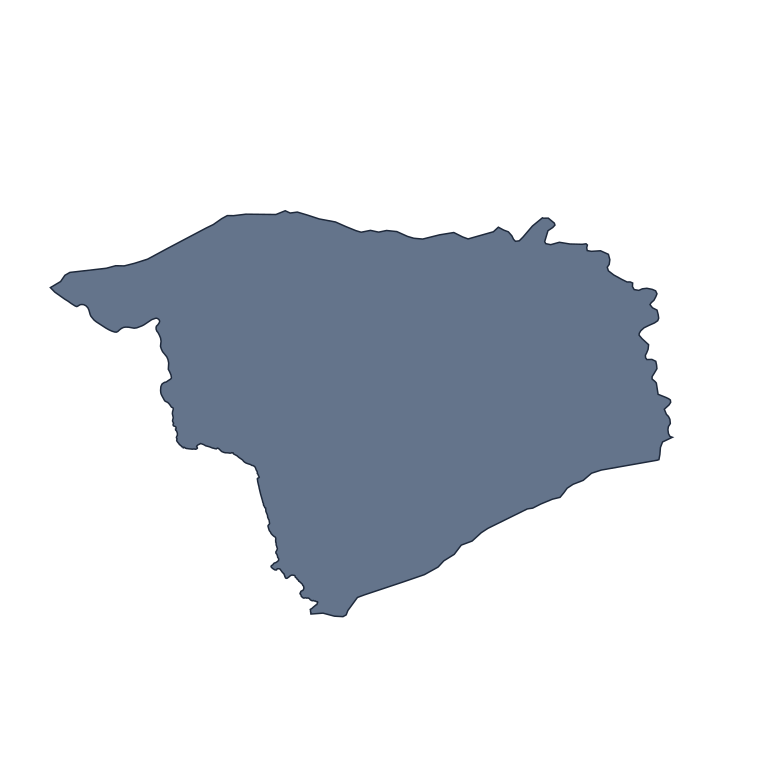 the district of Soca, Canelones, Uruguay, rotated 162°
{"feature_id": "84410073B54882123998895", "entity_name": "Soca", "entity_type": "district", "adm_level": 2, "iso_a3": "URY", "parent_name": "Uruguay", "parent_adm1": "Canelones", "projection": "mercator", "projection_center": [-55.499, -34.679], "detail": "fine", "context": "isolated", "style": "filled", "palette": "slate", "viewbox_px": 768, "rotation_deg": 162, "n_neighbors": 0, "source": "geoboundaries", "source_scale": "gbopen_adm2", "svg_char_len": 6167}
<svg xmlns="http://www.w3.org/2000/svg" viewBox="0 0 768 768"><g transform="rotate(162 384 384)"><path d="M176.5,491.0L181.1,492.4L182.0,493.1L194.0,488.4L206.4,480.8L211.1,478.4L214.9,479.1L216.1,481.6L216.6,485.4L218.7,490.3L222.6,493.4L226.8,497.8L232.9,495.0L259.2,496.0L263.8,499.6L270.8,506.5L285.1,508.7L302.4,509.9L310.6,513.4L316.0,517.1L324.7,525.0L334.1,529.2L342.2,530.1L349.4,534.3L358.8,535.4L363.3,538.5L371.5,545.4L380.1,553.1L394.6,561.0L404.6,568.3L413.3,574.3L420.4,575.6L424.4,579.3L434.4,578.6L462.9,588.2L475.1,590.6L481.0,592.6L487.3,591.4L497.1,588.4L505.0,587.3L546.6,580.1L570.3,575.8L584.1,575.9L594.6,576.6L602.6,579.4L612.3,579.9L648.3,587.2L653.9,586.0L659.9,581.4L671.5,578.8L668.7,573.1L661.4,563.3L659.0,560.5L656.6,557.2L653.6,553.6L652.3,552.6L651.5,552.6L649.5,553.1L648.4,553.3L646.8,553.0L645.0,552.2L643.3,550.5L642.1,548.0L641.8,545.4L642.0,540.8L641.8,539.0L640.0,534.4L638.4,532.0L631.2,523.1L628.8,520.5L626.4,518.3L624.0,516.6L622.4,516.0L620.9,516.2L618.8,517.2L616.5,518.0L614.1,518.3L612.0,517.9L609.5,517.0L604.4,514.3L601.8,513.8L596.1,514.1L593.8,514.5L585.0,517.0L581.1,517.1L579.8,516.8L578.8,515.8L578.2,515.0L578.0,514.1L577.9,513.2L578.3,512.4L579.1,511.5L580.8,510.2L582.6,509.3L583.3,508.2L583.8,506.5L583.7,504.4L583.1,503.0L582.6,500.3L582.3,496.8L582.8,493.6L584.9,489.0L585.0,486.3L584.6,483.2L582.2,477.0L581.9,474.1L582.3,470.5L584.6,464.6L584.1,461.9L583.8,458.4L584.2,455.8L584.5,455.2L585.5,454.6L588.3,453.9L589.8,453.4L591.0,453.2L592.3,453.4L594.9,452.7L595.9,451.8L597.1,450.3L598.5,446.9L598.9,445.1L599.1,443.6L598.9,441.7L597.8,435.9L597.3,435.1L595.5,433.4L594.9,432.4L594.2,430.8L593.3,427.7L592.3,426.8L592.0,426.1L592.2,425.2L593.7,422.9L594.5,421.1L594.8,417.4L595.1,416.5L595.5,416.1L596.4,414.6L596.6,413.7L596.2,411.9L596.3,411.6L597.0,411.0L597.3,409.8L597.1,409.2L595.6,408.0L595.3,407.4L595.2,407.0L595.5,405.9L595.7,405.6L596.2,405.6L596.4,404.6L595.8,403.3L595.7,401.2L596.4,398.9L597.2,398.4L598.0,397.3L598.0,396.6L597.8,395.8L598.6,394.5L598.6,393.6L598.0,391.8L597.4,390.5L597.4,389.8L597.3,389.6L596.9,389.3L596.5,388.4L595.8,387.5L595.6,386.7L594.6,386.0L594.5,385.8L594.6,385.3L594.3,385.2L593.4,385.4L592.5,384.2L591.3,383.4L591.0,383.4L589.9,382.8L586.3,381.2L584.7,380.9L583.5,380.2L583.0,380.1L581.6,380.4L581.3,380.6L581.2,381.1L581.4,381.5L581.3,381.9L581.6,382.3L581.2,382.9L580.4,383.3L579.3,383.7L577.6,383.8L577.1,384.1L576.7,384.0L574.6,382.4L573.5,381.3L572.8,380.4L569.4,378.2L566.9,376.1L566.1,375.7L565.0,374.9L563.5,374.1L562.4,374.5L561.8,374.3L561.0,373.3L559.4,370.2L559.1,369.8L557.4,368.4L556.3,367.7L553.8,366.8L552.2,366.0L551.1,365.6L550.2,365.8L549.7,365.4L549.1,365.4L548.8,365.2L548.7,364.0L546.0,361.2L544.7,359.0L542.0,355.5L541.4,353.8L540.7,352.7L539.7,351.5L537.5,349.8L536.0,348.8L534.7,347.3L533.7,346.9L532.6,345.5L532.2,344.4L532.1,341.6L531.7,340.0L531.8,339.0L532.2,338.0L531.7,336.9L531.8,336.0L531.4,334.0L531.7,333.7L532.1,333.5L532.9,333.5L533.6,333.2L533.9,332.8L533.8,332.2L534.2,330.8L534.6,326.6L534.6,325.6L534.9,323.5L535.4,317.3L535.6,311.1L535.8,308.9L535.6,307.4L535.8,307.1L536.0,305.9L535.6,304.4L535.6,303.3L535.4,302.9L534.9,302.6L535.7,299.3L535.4,295.2L535.8,293.2L535.7,292.3L535.7,291.5L535.4,290.3L535.4,289.9L535.9,286.8L536.3,286.2L537.6,285.5L538.2,284.9L538.3,284.3L538.4,282.2L538.4,280.0L537.7,278.0L537.6,276.6L537.3,276.2L537.1,275.5L536.1,273.7L535.4,272.7L534.8,272.1L534.6,271.5L534.7,270.3L534.9,269.7L535.3,269.2L535.6,267.8L535.9,267.2L535.7,266.8L535.8,265.9L536.3,264.2L536.2,262.6L536.3,262.1L536.2,260.6L536.5,260.0L537.6,258.7L538.6,257.9L539.0,256.9L539.0,256.2L538.5,255.2L538.5,253.1L538.7,252.0L538.2,250.6L538.5,249.4L538.6,249.1L539.7,248.3L541.9,247.6L543.7,247.6L544.5,247.3L545.5,246.5L547.2,246.0L547.7,245.6L547.9,245.0L547.1,243.2L545.6,241.3L545.2,240.9L544.0,240.4L543.6,240.4L542.8,241.2L542.1,241.2L540.7,240.6L540.1,240.1L538.9,236.4L537.7,234.0L537.9,233.5L537.7,232.7L537.8,231.6L537.6,231.0L537.7,230.4L537.4,229.7L536.8,229.3L536.1,229.2L534.2,229.8L532.3,230.6L531.2,230.8L530.3,230.6L528.6,229.8L528.1,229.4L527.9,228.8L528.1,227.9L528.0,227.6L527.0,226.1L526.9,225.0L526.4,224.5L526.0,223.4L526.0,222.8L525.5,222.4L523.7,219.1L523.5,218.7L523.5,217.7L523.0,216.7L523.2,214.7L523.8,213.8L524.9,212.8L526.8,212.6L527.4,212.2L527.5,211.8L528.2,211.3L528.3,210.6L528.7,210.4L528.3,209.5L528.1,208.7L528.3,208.0L528.2,207.5L527.3,205.9L526.4,205.1L524.9,205.0L523.6,204.2L522.4,204.0L521.3,203.0L520.7,201.4L519.3,200.0L518.2,200.0L517.3,199.1L516.4,198.9L515.9,198.2L515.0,197.5L514.6,197.5L514.5,197.3L514.6,196.8L516.1,194.9L517.2,194.9L517.5,194.7L520.5,193.5L521.7,192.9L523.8,192.4L523.8,191.6L524.3,189.9L524.1,189.3L524.5,188.5L524.6,187.8L512.8,184.9L502.9,178.5L494.9,175.4L491.3,176.1L488.4,179.7L475.2,189.2L467.5,189.5L427.7,189.8L404.5,190.2L389.1,193.2L381.8,197.3L369.8,200.3L360.3,206.9L348.7,207.4L337.5,212.5L329.8,214.6L286.3,220.9L280.9,220.0L272.0,221.4L259.4,222.4L251.6,221.8L246.7,224.9L242.0,228.3L235.1,230.2L224.3,230.8L214.2,235.0L203.9,235.0L147.8,227.1L145.9,227.1L143.4,231.7L140.7,238.2L137.0,242.8L126.2,244.2L128.2,245.7L128.8,248.8L128.1,252.8L126.7,255.6L123.9,257.9L123.0,262.0L123.5,265.3L124.8,267.9L125.2,273.4L119.4,276.0L117.0,278.0L116.6,280.3L117.8,282.0L120.0,284.1L126.5,289.5L124.7,300.8L125.5,302.7L127.5,305.9L126.7,308.2L123.8,310.6L119.7,314.2L118.9,317.8L118.5,321.6L121.6,324.6L126.4,326.0L127.1,328.1L126.5,330.6L124.7,332.3L122.1,335.4L120.2,339.6L124.6,347.4L126.3,351.6L125.6,353.3L123.3,355.3L119.3,357.1L113.7,357.9L107.8,358.5L104.1,359.6L102.4,361.7L101.8,365.2L101.5,369.9L105.1,373.5L106.5,377.3L104.8,378.7L101.4,380.2L98.6,382.9L96.5,385.4L96.9,388.7L99.6,391.1L104.4,393.8L108.9,394.7L112.7,394.3L116.9,396.5L117.6,399.9L116.3,403.2L118.3,405.0L121.3,405.9L125.5,410.0L131.8,416.7L135.6,422.3L135.6,426.1L132.9,428.1L130.8,432.4L130.5,438.0L136.9,443.8L145.8,446.1L149.5,448.1L149.1,451.0L147.6,453.3L148.5,454.9L152.3,455.6L163.9,459.7L173.4,464.6L182.4,465.0L186.8,467.5L187.2,469.7L180.7,479.1L175.1,480.7L172.3,482.3L172.3,484.4L176.5,491.0Z" fill="#64748b" stroke="#1e293b" stroke-width="1.5"/></g></svg>